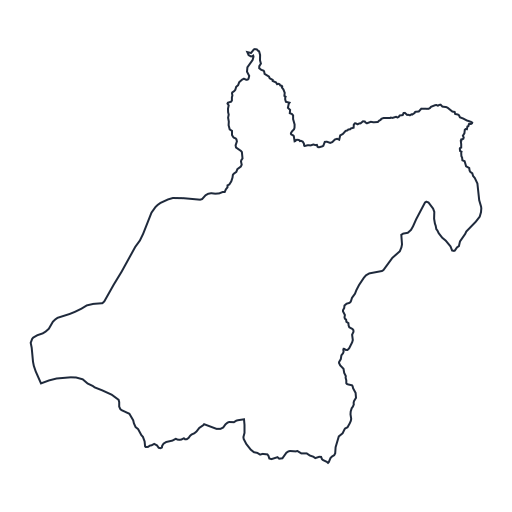 Bobonaro, Bobonaro, East Timor
{"feature_id": "22284137B12808122576881", "entity_name": "Bobonaro", "entity_type": "district", "adm_level": 2, "iso_a3": "TLS", "parent_name": "East Timor", "parent_adm1": "Bobonaro", "projection": "robinson", "projection_center": [125.346, -9.042], "detail": "fine", "context": "isolated", "style": "outline", "palette": "slate", "viewbox_px": 512, "rotation_deg": 0, "n_neighbors": 0, "source": "geoboundaries", "source_scale": "gbopen_adm2", "svg_char_len": 6030}
<svg xmlns="http://www.w3.org/2000/svg" viewBox="0 0 512 512"><path d="M470.7,121.7L469.3,121.5L469.0,121.1L467.1,120.6L463.1,118.5L459.9,117.3L459.0,115.3L457.8,114.5L455.2,114.0L454.6,111.9L452.4,111.6L447.7,107.8L446.3,107.1L442.4,106.6L440.6,104.7L439.3,104.9L437.9,105.7L436.4,105.0L435.1,105.2L431.0,106.8L429.9,108.1L428.5,108.8L421.3,108.7L418.8,111.5L415.5,111.8L414.9,112.2L414.6,113.0L412.1,114.6L411.5,114.3L409.9,115.3L408.3,114.8L407.1,114.9L404.9,112.9L403.6,113.0L402.7,115.1L399.7,115.5L398.6,117.0L397.4,117.5L396.1,116.8L392.5,117.9L390.7,117.6L390.2,118.0L383.6,118.0L381.4,118.8L380.5,120.0L379.2,120.6L377.8,122.0L373.6,122.3L370.8,121.8L366.9,123.3L365.4,122.4L364.8,121.5L363.0,121.3L360.5,123.4L359.4,123.4L357.6,124.3L355.6,123.3L354.9,123.3L353.8,124.6L353.6,127.7L351.0,128.4L350.1,129.3L348.3,129.5L347.4,130.4L345.6,130.9L342.8,134.0L340.2,135.4L339.2,139.7L337.1,138.8L334.9,139.5L332.3,142.1L330.2,142.9L326.8,141.7L324.8,141.9L323.3,145.8L322.2,146.4L319.3,147.2L318.2,147.2L317.5,146.7L316.9,144.9L315.5,145.1L313.3,144.5L310.7,145.4L307.9,145.2L304.6,146.0L304.2,145.7L303.9,143.6L302.7,141.6L301.1,140.9L299.9,141.1L299.5,140.3L297.9,139.8L296.2,139.9L295.4,141.0L294.6,141.3L293.8,136.1L293.3,135.5L291.2,134.4L290.9,133.8L291.0,133.0L292.0,131.4L294.0,129.3L294.5,127.8L294.6,124.5L293.1,119.1L293.1,115.4L291.9,114.0L289.8,113.2L290.1,109.9L287.9,107.8L288.7,104.0L289.5,102.7L285.9,101.8L285.2,99.5L285.2,97.7L285.6,96.7L284.4,95.9L284.7,92.8L283.4,89.4L281.9,87.5L282.2,86.4L281.6,85.7L280.4,85.6L279.5,84.2L278.4,83.8L277.1,84.2L276.0,82.4L272.7,81.0L272.7,79.9L269.7,78.3L269.0,76.6L264.6,73.9L264.1,71.4L263.6,70.7L261.2,69.8L259.2,68.2L259.3,66.1L260.9,63.6L260.0,60.3L260.1,55.0L259.1,51.3L258.2,50.9L256.8,49.4L254.7,49.1L253.8,49.5L251.0,53.0L247.3,52.1L248.6,55.1L250.9,56.4L252.1,56.3L253.2,55.6L253.5,56.7L252.6,60.0L247.4,67.3L247.0,71.7L249.2,75.9L248.5,78.8L247.7,79.6L246.3,79.8L243.9,78.7L242.0,79.7L239.2,82.2L238.1,85.2L236.2,86.8L235.3,89.8L234.2,91.1L232.3,92.4L232.0,93.1L232.4,95.5L231.9,97.3L231.9,100.5L231.1,101.7L227.9,102.7L227.5,103.6L228.7,105.4L228.0,108.7L228.1,112.2L228.7,114.6L228.1,117.7L228.8,121.6L228.6,125.2L229.7,129.4L232.0,130.9L232.0,135.0L233.1,136.9L233.9,137.7L235.6,138.4L236.4,139.3L236.9,141.4L235.6,145.3L236.0,147.5L240.9,150.9L241.9,152.1L242.5,158.5L241.3,160.2L241.0,161.5L241.7,164.7L240.8,166.6L237.4,169.1L236.3,171.9L233.8,173.7L232.9,174.8L232.5,177.6L231.3,181.3L229.3,184.5L227.5,185.4L227.5,187.3L225.9,189.3L224.7,192.0L222.7,192.0L219.2,193.4L215.3,193.7L211.2,193.2L208.1,193.8L205.5,195.3L202.1,199.1L200.1,199.7L183.6,198.2L172.9,198.0L168.1,199.4L160.5,202.9L157.7,204.9L155.5,207.0L151.5,212.6L143.1,233.9L139.9,240.5L135.3,246.8L121.6,271.7L113.8,284.5L104.3,301.4L102.4,303.2L93.3,303.9L86.8,305.4L81.4,308.7L74.8,311.9L69.6,314.0L57.6,317.8L55.3,319.4L52.9,321.7L48.8,328.8L45.6,331.6L42.7,333.4L37.4,335.2L33.2,337.6L32.2,338.8L30.7,342.8L31.7,347.8L33.0,361.7L33.8,365.8L35.7,371.4L41.0,383.4L49.1,380.4L56.6,378.5L70.7,377.3L76.1,377.5L82.7,379.3L87.6,383.5L92.8,386.0L94.7,387.4L102.1,390.3L111.7,394.7L118.6,399.8L119.2,402.1L119.2,406.6L120.3,409.1L121.5,410.1L129.4,413.8L133.2,420.3L133.9,423.3L135.6,427.1L138.1,429.1L141.4,435.2L142.9,436.8L144.6,441.4L145.1,446.4L145.7,447.0L148.0,446.9L149.9,445.6L151.6,445.3L154.2,443.9L157.0,445.4L158.7,447.8L160.5,448.2L161.9,447.5L162.2,445.7L163.6,443.6L166.2,442.0L172.4,440.6L175.8,438.8L177.5,439.6L179.4,439.8L181.2,439.6L183.9,438.3L185.1,439.3L186.8,439.2L188.6,437.9L190.1,435.8L191.6,434.5L194.3,433.3L196.5,431.5L199.3,427.9L203.4,425.1L204.1,424.2L216.6,428.9L220.4,428.9L223.2,427.5L225.5,424.3L227.6,422.6L229.2,422.0L233.9,422.2L236.4,420.6L238.1,420.2L244.0,419.3L244.5,424.9L244.5,432.9L243.4,437.1L243.7,439.0L246.3,444.0L250.7,449.6L253.9,452.2L257.3,452.9L260.1,454.6L262.6,453.9L267.4,454.4L268.5,455.9L269.3,458.5L271.5,459.1L277.5,457.2L279.2,458.7L282.4,458.3L286.4,452.7L288.4,451.4L290.0,451.0L295.7,451.4L297.4,451.0L301.3,453.4L306.7,453.4L309.8,455.5L313.3,456.7L315.3,458.1L319.2,456.8L321.1,456.9L322.0,459.2L322.9,460.0L326.9,461.9L328.0,462.9L328.8,462.1L330.5,458.0L332.0,456.5L334.2,455.2L335.2,453.3L335.6,447.2L338.8,436.4L342.6,433.3L344.6,429.2L345.1,428.5L347.5,427.3L349.7,423.4L350.8,420.9L351.2,418.9L350.5,414.3L350.7,411.5L351.7,408.2L352.9,406.6L353.8,404.4L353.6,402.9L354.0,401.1L356.0,397.8L355.6,392.9L353.1,388.3L352.6,386.2L352.0,385.3L348.0,384.4L346.8,383.9L346.3,383.2L346.3,380.4L345.6,377.7L345.8,376.1L344.2,372.9L343.5,368.8L340.2,365.4L339.0,362.9L339.1,362.0L340.8,359.1L341.4,355.3L343.0,353.3L343.6,351.7L343.3,349.8L343.6,348.8L344.4,348.9L345.7,349.9L347.4,350.0L348.3,349.2L349.2,348.2L352.2,342.2L352.8,340.0L352.1,334.7L353.5,331.8L353.4,330.2L352.5,329.0L349.3,327.3L348.6,325.5L348.4,323.1L346.4,321.8L346.1,319.6L344.9,318.7L344.5,317.3L344.9,315.0L343.0,311.4L343.0,310.2L344.2,308.0L344.5,305.5L346.6,303.7L349.4,302.9L350.4,302.1L351.0,301.0L352.0,297.8L355.0,293.7L356.4,290.1L359.1,284.9L363.9,277.7L366.0,275.3L369.3,273.4L382.0,271.0L383.4,270.1L392.4,257.8L399.8,251.3L401.4,247.4L402.0,244.4L401.3,234.8L403.2,233.6L407.8,232.8L411.0,229.9L413.0,226.4L416.2,219.2L425.0,202.5L426.3,201.7L428.5,202.5L433.1,208.6L434.3,211.9L434.1,218.7L434.9,223.5L435.7,225.8L436.3,229.1L437.4,230.5L438.7,233.2L442.2,237.7L445.7,240.6L450.5,246.4L452.1,250.5L453.9,250.9L454.8,250.6L457.0,247.4L458.9,246.1L460.0,241.4L465.2,233.9L466.3,231.5L475.7,221.8L479.7,216.7L481.0,212.2L481.3,208.4L481.1,206.7L479.2,200.2L477.4,183.5L474.8,178.0L473.1,176.0L472.3,173.3L470.3,171.9L469.6,170.6L469.2,168.0L466.1,166.3L464.6,161.2L462.4,160.3L462.1,157.6L461.4,156.2L461.2,152.9L461.5,151.7L460.1,151.0L459.8,148.7L460.1,148.0L461.2,147.6L461.2,144.2L460.8,140.9L461.4,140.6L461.2,139.5L463.3,138.8L463.7,137.5L462.9,135.7L464.4,133.3L464.8,129.8L465.7,129.0L466.9,129.2L467.4,126.5L468.4,126.1L468.9,124.1L471.1,123.9L472.0,123.3L472.2,122.6L470.7,121.7Z" fill="none" stroke="#1e293b" stroke-width="2"/></svg>